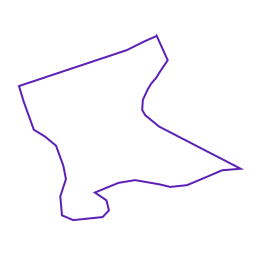 the district of Bupyeong-gu, Incheon, South Korea, rotated 340°
{"feature_id": "91817680B45509654992593", "entity_name": "Bupyeong-gu", "entity_type": "district", "adm_level": 2, "iso_a3": "KOR", "parent_name": "South Korea", "parent_adm1": "Incheon", "projection": "albers", "projection_center": [126.732, 37.486], "detail": "fine", "context": "isolated", "style": "outline", "palette": "violet", "viewbox_px": 256, "rotation_deg": 340, "n_neighbors": 0, "source": "geoboundaries", "source_scale": "gbopen_adm2", "svg_char_len": 572}
<svg xmlns="http://www.w3.org/2000/svg" viewBox="0 0 256 256"><g transform="rotate(340 128 128)"><path d="M219.9,204.8L157.8,137.4L148.6,122.0L147.5,115.9L151.6,106.6L159.8,98.4L164.9,94.3L172.1,90.2L177.2,86.1L188.5,77.9L186.5,51.2L186.4,51.3L172.1,52.3L153.7,54.4L39.9,51.3L39.0,67.7L38.9,97.4L47.1,107.7L54.3,120.0L54.3,141.5L52.2,154.8L41.0,169.1L36.1,187.5L45.0,195.8L73.7,203.0L81.9,198.9L83.0,188.6L74.8,177.3L100.4,176.3L116.8,179.4L138.3,191.7L147.5,197.8L163.9,201.9L184.4,200.9L201.9,199.9L219.9,204.8Z" fill="none" stroke="#5b21b6" stroke-width="2"/></g></svg>